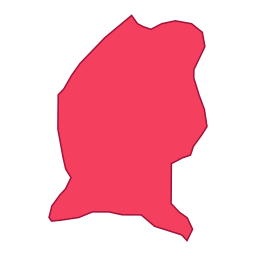 Samchon, Hwanghae-namdo, North Korea (Mercator projection)
{"feature_id": "82179303B40793124111890", "entity_name": "Samchon", "entity_type": "district", "adm_level": 2, "iso_a3": "PRK", "parent_name": "North Korea", "parent_adm1": "Hwanghae-namdo", "projection": "mercator", "projection_center": [125.273, 38.339], "detail": "fine", "context": "isolated", "style": "filled", "palette": "rose", "viewbox_px": 256, "rotation_deg": 0, "n_neighbors": 0, "source": "geoboundaries", "source_scale": "gbopen_adm2", "svg_char_len": 762}
<svg xmlns="http://www.w3.org/2000/svg" viewBox="0 0 256 256"><path d="M131.6,15.4L104.7,37.8L91.1,52.0L80.1,63.4L71.9,74.9L63.7,89.1L58.2,94.8L58.1,106.2L58.0,111.9L58.0,114.8L57.9,129.1L60.5,143.3L63.1,157.6L65.7,169.0L71.0,177.6L65.5,189.0L60.1,194.7L51.8,206.1L51.0,209.5L49.0,217.5L51.6,221.1L59.8,220.3L78.8,217.5L92.4,211.9L108.7,211.9L122.2,214.8L141.2,214.9L154.6,226.3L181.7,234.9L187.0,240.6L192.6,229.2L187.2,217.8L179.2,212.1L171.1,203.5L171.2,192.1L171.3,177.9L171.4,163.6L182.3,157.9L190.5,155.1L193.3,146.5L201.5,135.2L207.0,126.6L204.4,109.5L199.1,95.2L193.8,78.0L193.9,69.5L199.4,58.1L204.9,46.6L202.3,32.3L191.6,23.7L175.3,20.8L161.8,23.7L150.9,29.3L142.8,26.5L137.4,23.6L131.6,15.4Z" fill="#f43f5e" stroke="#9f1239" stroke-width="1.5"/></svg>